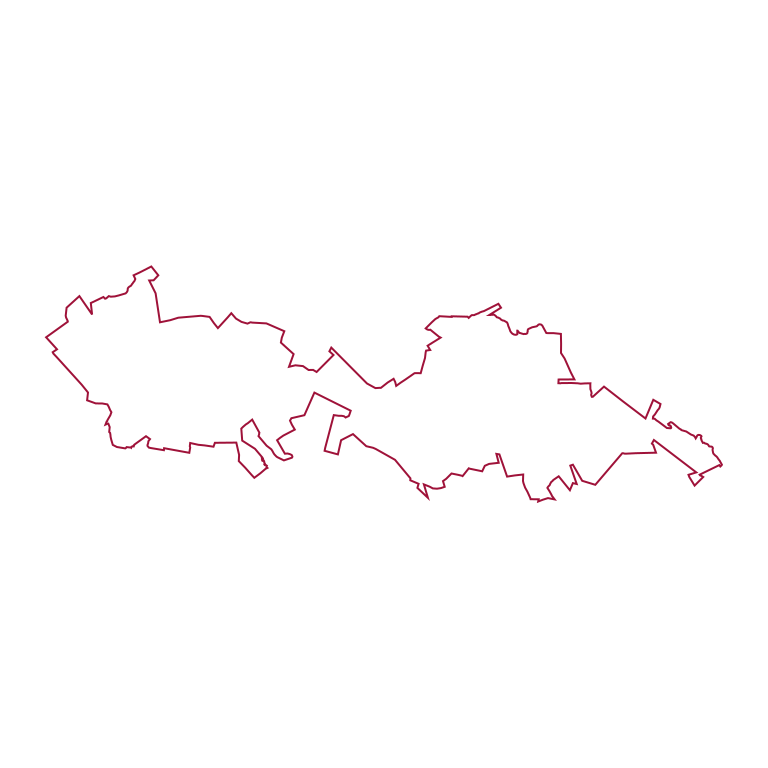 La Independencia, Chiapas, Mexico
{"feature_id": "50627088B70315927175396", "entity_name": "La Independencia", "entity_type": "district", "adm_level": 2, "iso_a3": "MEX", "parent_name": "Mexico", "parent_adm1": "Chiapas", "projection": "orthographic", "projection_center": [-91.79, 16.214], "detail": "fine", "context": "isolated", "style": "outline", "palette": "rose", "viewbox_px": 768, "rotation_deg": 0, "n_neighbors": 0, "source": "geoboundaries", "source_scale": "gbopen_adm2", "svg_char_len": 6083}
<svg xmlns="http://www.w3.org/2000/svg" viewBox="0 0 768 768"><path d="M703.2,477.0L701.8,476.1L700.0,475.3L699.6,474.7L719.3,465.1L720.3,466.5L721.6,465.3L721.9,464.7L720.2,461.7L719.9,461.0L718.1,458.7L717.4,457.5L716.4,456.4L715.1,455.4L713.4,453.6L713.1,452.8L712.6,450.2L712.6,449.3L712.9,448.2L712.5,447.3L712.0,446.8L710.9,446.5L709.9,446.5L709.1,446.3L708.1,444.7L707.3,444.1L706.2,443.7L705.1,443.5L704.5,443.0L704.0,442.7L702.9,442.9L701.7,440.7L701.4,439.9L701.4,439.2L701.0,438.8L700.8,437.8L701.5,436.3L701.2,435.8L699.8,435.0L698.6,434.9L697.6,435.2L697.0,436.0L696.5,437.1L695.7,438.4L695.1,437.2L693.7,435.6L690.9,434.5L686.3,431.5L681.4,430.1L681.1,429.6L679.3,428.6L672.9,423.2L671.7,422.4L670.6,422.2L668.1,424.0L668.6,425.1L669.0,425.4L669.5,425.5L669.8,425.3L670.5,425.7L670.9,426.4L670.7,426.7L671.2,427.7L670.9,428.2L670.5,428.3L666.9,428.0L658.4,421.6L656.5,420.4L654.6,418.7L652.9,418.6L653.1,416.6L653.4,416.1L653.8,415.7L655.0,414.3L657.7,410.1L658.9,408.8L659.6,407.5L660.5,404.0L653.3,399.8L645.5,418.5L623.0,401.4L604.0,386.6L592.8,396.8L591.8,396.8L591.2,395.1L591.2,394.4L591.6,393.3L591.4,392.0L590.4,389.1L590.3,384.5L590.4,383.3L585.0,383.4L580.6,383.7L577.8,383.3L571.5,383.0L561.2,383.1L560.6,383.3L558.4,383.2L558.6,379.5L574.4,379.4L570.9,372.6L564.6,358.5L561.0,353.0L561.1,343.8L560.9,333.9L553.2,333.1L547.4,333.1L546.3,333.0L542.3,325.6L541.3,324.7L540.9,324.5L539.3,324.3L538.4,324.7L537.0,326.1L536.3,326.4L532.1,327.3L528.4,329.0L528.0,329.4L527.7,330.2L527.7,331.6L527.4,332.2L527.3,333.1L526.8,333.6L526.4,333.8L525.3,334.0L524.4,333.9L523.7,334.1L521.2,333.4L520.5,333.1L519.7,333.0L519.3,332.8L517.6,330.7L517.3,330.7L517.3,334.2L516.7,334.6L515.9,334.8L514.1,334.6L513.4,334.2L512.5,333.8L511.5,332.8L510.4,331.4L509.4,328.6L508.3,326.0L507.8,324.1L507.1,322.5L505.3,321.4L503.8,320.6L502.7,320.5L501.0,319.6L500.2,318.6L499.5,318.3L498.5,317.7L496.7,317.2L496.1,316.3L494.3,314.8L493.6,314.6L492.7,314.8L492.0,314.7L490.3,315.0L489.3,315.0L501.0,307.7L498.4,303.8L483.9,311.1L481.8,311.7L480.0,312.4L479.1,312.9L478.6,313.4L477.8,313.5L476.1,314.3L475.4,314.4L474.6,315.0L474.1,315.1L471.9,315.1L471.0,315.7L468.7,317.9L467.6,316.7L451.7,316.3L451.7,316.9L439.3,316.2L438.3,317.4L437.5,317.8L435.4,319.0L431.8,322.3L425.7,328.4L426.9,329.3L428.2,329.8L429.4,329.9L430.3,329.7L438.8,336.6L440.6,337.6L427.6,345.7L430.2,350.0L426.1,350.6L425.7,352.1L425.0,358.0L422.7,365.8L420.7,373.2L416.4,373.1L414.5,373.2L405.3,379.6L400.6,382.7L396.2,385.9L395.2,382.0L393.6,378.8L387.7,382.5L381.1,387.7L380.8,387.9L380.1,387.8L375.4,388.1L367.0,383.5L331.3,347.6L329.4,351.3L333.5,355.0L316.6,372.0L313.1,369.9L308.6,370.0L303.0,366.1L295.4,365.3L289.0,366.8L293.6,354.1L280.9,342.6L281.8,337.7L284.3,331.2L266.4,323.4L252.2,322.6L250.8,322.3L250.4,322.3L247.5,323.6L241.5,321.9L236.0,318.6L231.3,313.2L227.5,317.6L217.9,328.1L213.9,323.1L209.6,316.9L202.1,315.9L200.6,315.8L178.3,317.7L170.2,320.2L160.0,322.3L155.6,293.3L149.2,280.5L153.6,280.3L158.3,275.3L151.3,266.5L139.6,272.5L133.6,275.3L135.3,279.0L134.4,281.1L133.2,282.5L132.6,283.5L132.0,284.1L131.1,285.6L129.2,286.8L128.4,287.5L127.8,288.4L127.6,290.6L127.3,291.3L126.7,292.3L125.6,293.4L118.5,295.5L114.9,296.4L110.8,296.7L108.8,296.1L106.3,298.3L105.1,298.7L103.4,297.0L92.2,302.4L90.8,303.0L92.1,314.5L79.4,296.1L66.6,307.7L65.7,315.7L66.1,317.6L67.3,320.0L67.4,320.5L67.7,320.9L67.8,321.7L46.1,337.3L57.0,349.3L52.7,352.2L53.4,353.6L56.6,357.0L81.7,384.7L88.0,392.5L87.1,400.3L95.7,403.4L102.4,403.5L107.4,404.4L108.7,406.7L110.1,410.0L111.4,412.2L110.3,415.3L107.5,420.1L107.2,421.1L106.7,421.4L105.5,424.6L107.5,423.7L107.9,423.6L108.3,423.6L109.7,427.1L109.2,432.0L110.1,432.9L110.4,434.6L110.6,436.9L111.3,439.9L112.8,444.9L116.9,447.0L125.3,448.4L125.8,448.1L126.6,447.1L130.2,447.5L130.7,447.4L131.1,447.7L131.2,447.2L131.4,446.9L131.8,446.9L132.3,446.3L133.1,446.3L133.2,446.2L133.7,446.4L134.1,445.4L133.9,445.2L134.4,444.6L146.0,436.2L150.0,439.1L148.4,441.2L148.1,443.3L147.5,445.0L147.5,445.9L148.9,447.6L150.6,448.0L163.9,450.2L164.1,448.2L189.3,452.8L190.2,447.5L189.8,446.3L190.2,443.0L198.4,444.8L204.5,445.4L213.5,446.7L214.9,442.8L236.3,442.6L239.1,454.9L238.8,461.1L245.2,467.7L251.5,474.8L254.3,477.8L260.2,473.4L265.6,468.8L267.4,467.9L266.4,466.9L266.9,465.8L265.3,464.6L264.7,464.9L264.4,464.4L265.1,464.1L264.2,462.3L264.2,461.3L263.7,460.5L263.2,460.7L263.0,460.4L262.4,460.7L262.1,460.1L262.8,459.7L263.0,458.6L262.5,457.8L261.9,458.2L261.8,457.8L262.3,457.5L262.2,457.3L255.0,448.8L242.2,440.6L241.3,428.6L243.0,426.9L245.9,424.4L247.8,423.2L252.2,419.6L259.4,432.7L259.1,433.8L259.1,434.5L258.5,436.1L266.6,445.7L271.3,449.3L272.3,450.8L273.6,453.2L274.4,454.4L276.5,456.6L277.4,457.2L283.9,460.4L291.9,457.7L292.3,457.1L292.4,456.5L291.7,455.0L289.8,454.1L287.5,453.5L284.9,453.7L277.1,440.2L280.0,437.9L283.3,435.6L294.8,429.6L291.9,424.7L290.0,420.6L291.4,418.2L304.4,415.2L314.4,392.6L350.7,410.7L349.4,414.6L348.8,416.0L345.6,417.5L344.9,416.9L343.9,416.2L341.6,415.8L338.7,415.8L333.8,415.1L325.2,447.8L324.6,450.8L337.9,454.4L341.1,440.2L353.0,434.1L366.3,446.2L373.1,447.8L375.8,449.0L395.0,459.8L410.4,478.3L410.3,480.3L418.6,483.8L417.4,487.9L427.9,497.8L423.9,484.4L429.7,486.7L432.8,488.4L437.0,488.7L440.9,488.1L444.7,486.8L443.0,481.1L446.2,478.8L451.5,473.5L458.4,474.9L462.1,475.8L462.6,476.1L468.8,468.3L469.7,468.7L479.9,470.8L482.2,471.3L484.8,465.8L489.1,463.9L498.7,462.8L496.4,453.9L499.4,454.4L507.1,476.6L515.0,475.4L523.2,474.5L523.0,481.0L523.5,483.2L525.1,487.6L527.4,491.7L530.2,497.8L530.6,499.2L538.7,499.3L538.2,501.5L542.9,499.7L548.0,498.1L554.6,499.4L551.9,495.8L551.5,494.8L549.5,491.2L547.4,487.9L547.7,487.3L548.4,486.4L549.7,485.1L550.2,483.8L551.3,481.9L552.3,481.2L553.3,480.0L556.5,477.8L558.7,476.3L569.9,490.2L572.9,483.1L576.7,484.0L570.3,465.6L572.9,464.7L582.2,480.8L595.3,484.8L622.2,453.3L622.9,453.2L624.9,453.7L625.5,453.7L635.8,453.2L656.0,452.7L653.2,444.8L651.9,443.6L653.9,440.0L696.3,472.4L688.5,474.8L689.3,477.0L694.6,485.6L703.2,477.0Z" fill="none" stroke="#9f1239" stroke-width="2"/></svg>